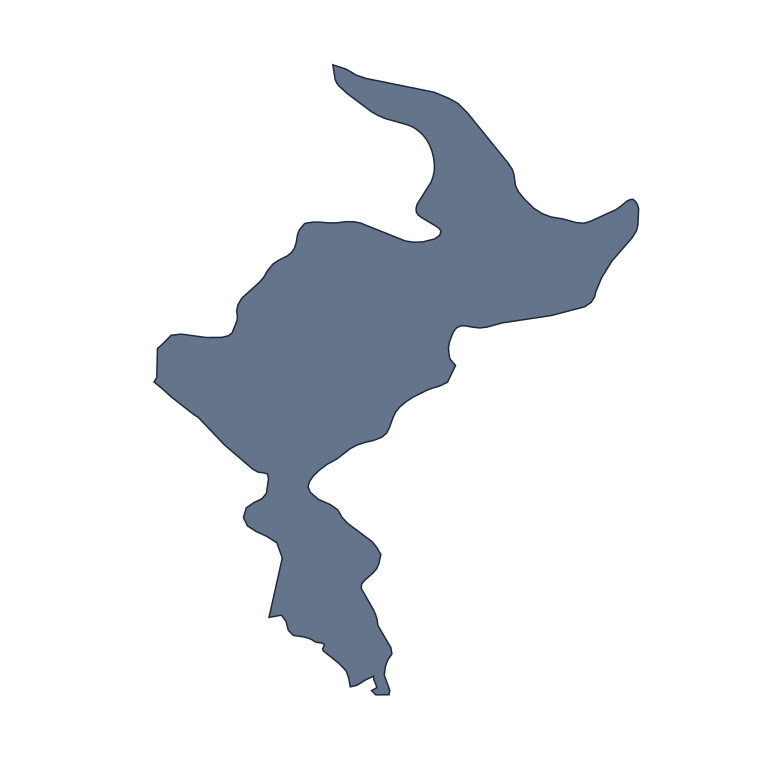 the District of Leribe, rotated 278°
{"feature_id": "LSO-1212", "entity_name": "Leribe", "entity_type": "District", "adm_level": 1, "iso_a3": "LSO", "parent_name": "Lesotho", "parent_adm1": "", "projection": "equal_earth", "projection_center": [28.234, -29.023], "detail": "fine", "context": "isolated", "style": "filled", "palette": "slate", "viewbox_px": 768, "rotation_deg": 278, "n_neighbors": 0, "source": "natural_earth", "source_scale": "10m", "svg_char_len": 2749}
<svg xmlns="http://www.w3.org/2000/svg" viewBox="0 0 768 768"><g transform="rotate(278 384 384)"><path d="M358.8,158.1L387.6,154.7L391.7,158.3L402.7,166.5L405.2,176.5L405.3,201.3L407.6,216.9L410.1,223.2L413.3,226.4L426.8,229.7L431.1,229.3L435.7,227.9L442.0,228.3L449.1,231.2L467.9,246.8L474.0,250.6L479.7,252.7L487.3,257.3L492.2,262.8L497.3,270.3L501.5,274.2L506.1,276.4L511.7,277.4L520.5,277.6L524.8,278.7L531.9,283.1L534.4,290.8L535.4,298.3L535.8,306.6L537.0,314.6L539.6,324.4L540.5,332.1L540.0,338.9L528.6,385.2L528.5,393.4L530.0,402.3L534.8,414.1L539.0,418.4L543.2,419.2L545.7,417.1L547.3,414.0L554.0,398.1L556.2,394.2L558.8,392.0L562.6,391.3L567.0,391.9L590.7,402.6L596.2,403.7L602.3,404.1L608.0,403.4L614.6,401.7L621.0,399.2L627.0,395.9L631.8,392.2L636.3,387.5L639.7,382.6L642.4,377.0L643.9,371.3L647.0,348.5L649.0,340.9L651.9,333.6L666.3,307.5L672.6,298.2L675.3,295.4L678.8,293.2L693.0,288.9L690.4,303.1L685.9,313.7L684.1,323.5L679.9,393.0L676.1,407.8L672.1,418.2L664.2,428.8L620.0,476.2L614.4,481.1L609.3,483.6L598.9,486.5L593.0,490.5L587.0,496.9L578.8,508.0L574.7,517.0L572.7,525.9L572.3,539.0L570.6,551.5L571.0,559.1L571.9,561.7L574.2,566.4L589.2,589.7L592.9,593.6L598.9,599.0L601.0,602.4L601.6,604.9L599.9,607.5L596.9,610.1L592.9,611.8L577.1,613.3L571.2,612.8L563.6,609.5L537.3,592.5L519.8,584.8L504.9,580.9L499.6,580.5L493.7,577.8L488.5,572.1L475.3,540.7L460.9,492.4L454.6,477.9L452.8,470.8L452.6,463.8L452.9,457.5L452.5,452.5L450.3,448.7L446.9,446.2L443.0,444.8L434.5,443.0L429.3,442.8L424.0,443.8L418.0,445.8L412.3,452.3L394.6,446.6L389.5,439.0L387.0,433.3L384.0,427.6L374.8,414.3L369.4,408.2L363.3,402.7L358.0,399.6L352.8,397.8L341.4,395.4L335.8,393.4L331.0,389.3L326.7,381.6L323.4,373.1L319.7,365.6L315.2,359.5L303.1,347.6L296.4,338.7L289.7,332.0L283.1,326.8L277.0,323.8L271.6,323.1L266.6,326.0L260.6,335.2L257.2,347.4L252.9,355.8L246.1,361.0L241.1,367.2L226.0,394.5L221.1,399.6L214.7,404.6L205.7,404.0L200.2,402.5L195.6,399.6L187.3,392.5L182.8,389.7L178.4,389.9L158.7,405.2L154.8,407.6L150.2,409.8L144.0,411.6L123.9,427.5L117.8,429.4L111.1,426.1L104.5,424.7L95.7,424.8L81.6,432.3L77.0,432.3L75.0,419.1L78.6,414.3L82.3,419.1L84.9,418.0L89.8,415.0L93.2,414.3L88.6,407.2L81.9,399.2L79.4,392.7L87.9,390.0L94.5,386.5L101.0,378.3L111.3,360.9L113.3,360.0L115.8,361.0L118.0,361.2L118.8,358.3L118.9,353.0L119.4,350.8L120.6,348.6L121.8,344.7L122.4,339.0L122.4,329.2L126.8,323.5L135.2,320.1L140.8,314.6L136.9,302.6L197.6,307.5L211.8,300.0L216.7,289.3L220.1,278.0L224.4,268.6L232.1,263.4L242.1,264.8L248.5,271.7L253.5,279.2L259.5,282.8L273.9,282.8L278.7,281.2L279.3,277.0L279.2,271.5L281.4,265.8L301.6,234.3L325.2,204.6L326.9,200.5L341.6,175.1L348.7,164.7L354.0,155.9L358.8,158.1Z" fill="#64748b" stroke="#1e293b" stroke-width="1.5"/></g></svg>